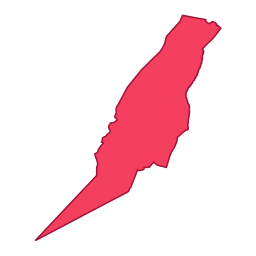 Fljótsdalshreppur, Austurland, Iceland (Albers equal-area conic projection)
{"feature_id": "244011B28727550371532", "entity_name": "Fljótsdalshreppur", "entity_type": "district", "adm_level": 2, "iso_a3": "ISL", "parent_name": "Iceland", "parent_adm1": "Austurland", "projection": "albers", "projection_center": [-15.091, 64.811], "detail": "fine", "context": "isolated", "style": "filled", "palette": "rose", "viewbox_px": 256, "rotation_deg": 0, "n_neighbors": 0, "source": "geoboundaries", "source_scale": "gbopen_adm2", "svg_char_len": 4933}
<svg xmlns="http://www.w3.org/2000/svg" viewBox="0 0 256 256"><path d="M187.9,129.8L188.3,127.8L187.8,125.8L187.8,125.1L188.1,123.0L188.2,121.6L189.5,112.7L189.4,106.0L189.4,105.5L189.1,105.0L188.7,104.4L188.0,103.2L187.8,102.5L187.6,102.2L187.5,101.7L187.5,101.1L187.4,100.8L187.0,100.0L186.9,99.8L186.9,99.5L186.9,99.4L187.0,99.2L186.9,98.9L186.8,98.7L186.6,98.5L186.5,98.4L186.6,98.1L186.3,97.6L186.1,97.2L186.0,96.9L185.9,96.7L185.9,96.2L185.8,95.9L186.0,95.5L186.0,95.3L185.8,95.0L185.8,94.9L185.9,94.7L186.0,94.5L185.9,94.2L186.0,94.0L186.1,93.8L186.1,93.6L186.1,93.4L186.0,93.2L186.0,92.9L186.0,92.6L186.2,92.4L186.3,92.4L186.3,92.1L186.4,91.9L186.4,91.7L186.5,91.5L186.5,91.1L186.8,90.9L187.1,90.9L187.1,90.7L187.1,90.3L187.2,90.1L187.3,89.8L187.5,89.6L187.9,89.5L187.9,89.4L187.9,89.2L187.9,88.9L188.1,88.2L188.2,87.8L188.2,87.6L188.3,87.6L188.5,87.5L188.9,87.4L189.1,87.3L189.1,87.2L189.4,87.1L189.5,86.9L189.5,86.7L189.8,86.5L189.8,86.3L189.9,86.1L190.0,86.2L190.2,85.9L190.5,85.7L190.4,85.6L190.4,85.4L190.6,85.3L190.9,84.9L191.0,84.6L191.2,84.4L191.2,84.0L191.2,83.9L191.4,83.8L191.5,83.8L191.6,83.7L191.8,83.5L192.1,83.5L192.2,83.3L192.3,83.1L192.4,82.6L192.5,82.4L192.7,82.1L192.9,81.9L193.0,81.6L193.2,81.0L193.4,80.8L193.8,80.8L193.9,80.7L194.0,80.6L194.0,80.3L194.1,80.0L194.4,79.8L194.4,79.5L194.6,79.2L194.9,78.9L195.1,78.5L195.3,78.4L195.4,78.2L195.5,78.1L195.5,77.8L195.6,77.6L195.6,77.4L195.8,77.3L195.8,77.1L196.1,76.9L196.3,76.6L196.3,76.3L196.3,76.2L196.7,75.8L196.9,75.5L197.0,75.4L197.0,75.2L197.2,74.9L197.2,74.6L197.2,74.4L197.3,74.1L197.6,73.8L197.7,73.2L197.9,72.8L197.9,72.4L198.0,72.3L198.2,72.1L198.2,71.8L198.4,71.6L198.4,71.4L198.2,71.3L198.2,71.2L198.3,71.0L198.6,70.8L198.7,70.6L198.6,70.4L198.7,70.2L198.6,69.9L198.9,69.5L199.0,69.4L199.3,68.7L199.6,68.3L199.8,68.3L199.9,68.2L199.8,67.8L200.0,67.5L200.1,67.0L200.0,66.9L200.4,66.6L200.5,66.3L200.5,66.1L200.4,66.0L200.4,65.9L200.6,65.8L200.6,65.7L200.7,65.3L200.7,65.2L200.6,64.9L200.5,64.6L200.7,64.3L200.7,64.1L200.8,64.0L201.1,64.0L201.3,63.9L201.5,63.7L201.4,63.6L201.4,63.4L201.5,63.2L201.4,62.7L201.5,62.5L201.5,62.4L201.7,61.8L201.8,61.6L201.8,61.4L201.8,61.2L201.9,60.9L202.0,60.5L202.1,60.2L202.2,59.7L202.1,59.3L202.3,59.2L202.2,59.0L202.2,58.8L202.1,58.7L202.4,58.3L202.5,58.1L202.4,57.9L202.4,57.7L202.2,57.3L202.2,57.2L202.1,56.9L202.2,56.6L202.3,56.3L202.3,56.2L202.4,55.7L202.5,55.3L202.6,55.2L202.6,54.9L202.8,54.6L202.7,54.3L202.9,53.9L203.2,53.8L203.2,53.7L203.4,53.2L203.5,53.1L203.5,52.9L203.6,52.6L203.4,52.5L203.4,52.4L203.4,52.2L203.2,52.1L203.4,51.9L203.3,51.7L203.5,51.5L203.6,51.2L203.5,50.9L203.6,50.7L203.2,50.2L203.0,49.9L202.9,49.8L202.4,49.3L203.1,48.3L207.0,44.0L208.0,43.1L211.3,40.1L212.9,38.4L215.4,35.4L220.8,28.3L218.6,26.1L218.1,25.9L217.8,25.6L217.5,25.4L217.2,25.4L217.0,25.5L216.9,25.4L216.8,25.5L216.6,25.5L216.6,25.1L216.4,24.9L216.6,24.6L216.7,24.3L216.7,24.2L215.4,22.9L214.7,22.5L213.9,22.2L213.6,22.0L212.6,21.6L212.2,21.7L211.5,22.2L210.6,22.9L210.3,23.2L209.8,23.4L209.4,23.6L209.1,23.5L208.3,23.2L207.1,22.5L206.7,22.0L206.2,21.6L205.6,21.4L205.5,21.2L205.4,21.1L205.5,20.8L205.8,20.1L205.8,19.9L205.7,19.6L202.5,19.1L188.2,16.4L182.5,15.4L180.0,21.4L168.7,34.0L166.5,36.4L165.5,39.8L164.9,42.9L164.1,44.8L163.4,46.2L162.8,47.4L160.6,50.9L157.9,53.8L150.1,61.3L146.1,65.4L145.1,66.3L142.0,69.3L140.7,70.8L127.3,87.4L117.8,105.2L116.9,106.5L116.6,107.0L116.2,108.0L116.1,108.8L116.0,109.9L116.1,110.6L116.2,111.4L116.2,112.0L116.2,112.9L116.1,113.5L115.8,113.9L115.5,114.5L114.9,116.3L114.8,116.8L114.8,117.2L114.8,117.4L115.1,117.6L117.3,119.3L117.0,120.0L116.1,120.9L114.2,122.3L113.7,122.5L112.7,122.7L111.1,122.9L110.6,123.1L110.3,123.2L110.2,123.5L109.7,124.3L108.8,126.2L108.6,126.6L108.7,127.2L108.9,128.0L109.1,128.6L109.5,129.5L110.1,130.3L110.2,131.1L110.1,131.6L109.9,132.3L108.0,133.7L106.9,134.8L106.4,135.6L105.9,136.1L104.4,136.9L103.5,137.2L103.2,137.5L102.4,138.5L102.3,138.9L102.4,139.4L102.4,139.8L101.5,142.1L103.2,142.9L103.4,143.1L103.1,143.5L101.0,145.7L100.5,146.4L100.4,146.7L100.3,146.8L99.9,147.3L99.3,148.2L98.7,149.0L98.5,149.3L98.3,149.7L97.9,151.0L97.7,151.5L97.4,152.3L97.1,152.7L96.5,153.1L95.0,153.6L94.9,153.8L94.9,154.1L94.9,154.4L95.9,157.8L96.8,160.1L97.5,162.9L97.6,163.6L97.7,164.1L97.6,164.6L97.4,165.3L96.8,166.9L96.7,167.5L96.7,168.3L96.7,170.9L96.6,175.5L80.5,192.6L65.1,208.9L51.4,223.4L35.2,240.6L60.7,227.2L83.1,215.4L104.5,204.1L127.8,191.9L128.4,191.5L128.7,191.0L129.4,189.3L129.9,188.4L130.8,187.3L137.5,170.1L139.9,170.6L142.8,169.8L143.5,169.5L143.7,169.3L143.9,169.1L144.0,168.5L144.1,167.6L147.4,167.4L147.9,167.1L148.2,167.1L148.5,167.1L149.3,167.3L153.5,162.2L157.4,165.2L166.4,167.4L169.8,156.1L171.6,151.8L174.6,147.0L175.7,144.3L176.1,143.3L176.8,141.7L177.3,137.8L177.4,137.6L177.5,137.3L182.9,132.4L183.7,131.8L184.4,131.4L184.9,130.9L185.6,130.5L186.2,130.2L187.9,129.8Z" fill="#f43f5e" stroke="#9f1239" stroke-width="1.5"/></svg>